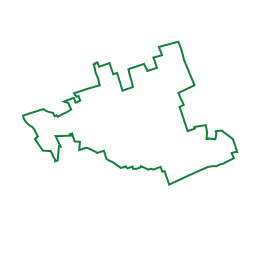 Tekantó, Yucatán, Mexico (Albers equal-area conic projection), rotated 155°
{"feature_id": "50627088B33701655383070", "entity_name": "Tekantó", "entity_type": "district", "adm_level": 2, "iso_a3": "MEX", "parent_name": "Mexico", "parent_adm1": "Yucatán", "projection": "albers", "projection_center": [-89.093, 21.008], "detail": "fine", "context": "isolated", "style": "outline", "palette": "green", "viewbox_px": 256, "rotation_deg": 155, "n_neighbors": 0, "source": "geoboundaries", "source_scale": "gbopen_adm2", "svg_char_len": 4256}
<svg xmlns="http://www.w3.org/2000/svg" viewBox="0 0 256 256"><g transform="rotate(155 128 128)"><path d="M215.2,146.2L214.7,143.5L209.1,140.4L207.9,140.0L207.6,136.8L207.7,135.5L207.8,134.2L207.9,133.6L207.4,130.8L207.8,129.1L208.0,128.6L205.5,128.3L198.4,140.5L197.0,139.6L197.0,151.3L196.4,151.0L195.7,150.6L195.0,150.3L193.8,149.8L192.9,149.4L192.4,149.2L190.8,148.4L188.9,147.7L188.4,147.5L186.8,146.9L183.9,145.6L183.1,145.3L183.2,146.9L181.0,146.7L181.4,143.5L181.6,141.9L181.9,139.7L182.1,138.4L177.4,135.8L181.5,128.6L178.9,128.3L176.1,128.1L176.1,127.8L173.9,127.6L172.7,126.3L172.0,125.7L171.6,125.3L170.0,123.1L169.0,122.0L167.5,120.2L167.0,119.3L166.4,118.4L162.1,117.9L159.5,117.6L159.7,115.7L159.9,113.9L160.0,113.2L160.2,112.3L160.2,111.6L160.6,109.1L159.2,106.8L158.6,106.3L158.4,106.1L157.8,105.1L156.7,104.2L155.7,102.6L154.9,101.2L153.2,98.0L152.4,97.0L152.1,96.3L151.5,94.9L149.3,94.6L148.1,94.5L148.1,94.0L146.8,94.0L146.2,94.1L146.0,92.7L145.6,91.7L144.5,91.6L143.7,91.5L142.8,91.4L142.0,91.3L140.2,91.1L140.3,90.5L140.6,89.0L140.2,88.7L139.6,88.2L138.9,88.0L138.1,87.7L136.9,87.3L135.9,87.2L134.9,87.2L134.4,87.1L133.7,87.1L133.0,87.1L132.4,87.9L127.1,81.7L126.2,81.5L124.4,81.4L122.8,79.7L121.4,79.5L114.9,78.9L115.4,73.8L113.1,73.5L114.6,59.3L91.3,59.3L88.6,59.2L84.9,59.2L81.3,59.2L78.3,59.1L76.1,58.9L72.4,59.0L70.8,58.6L67.3,57.6L65.5,56.7L64.1,56.0L60.5,56.0L56.5,55.4L55.0,55.7L53.8,55.7L52.5,55.7L45.3,55.8L45.2,55.8L44.9,55.8L44.8,57.9L44.6,61.6L40.2,60.7L39.2,60.2L39.0,61.4L38.8,62.7L37.6,73.6L44.2,86.1L49.7,88.0L50.2,85.7L53.5,81.0L53.9,81.2L54.2,81.4L54.5,81.5L54.9,81.7L55.2,81.9L55.5,82.1L56.0,82.4L56.2,82.5L56.5,82.7L56.9,82.9L57.7,83.4L59.5,84.4L59.7,84.1L60.0,84.0L61.5,84.8L59.8,87.8L59.0,89.2L58.1,90.7L57.7,92.2L57.3,94.0L56.3,97.7L62.5,99.5L67.6,100.9L67.7,99.7L67.7,99.2L70.7,99.5L72.3,99.7L75.3,100.0L75.1,101.1L75.0,102.2L74.7,104.6L74.5,106.3L74.4,107.2L74.2,109.2L73.9,111.5L73.7,113.0L73.5,115.2L73.2,117.6L73.0,119.2L72.8,120.7L72.6,122.9L72.3,125.2L67.7,125.5L67.7,125.8L67.7,130.5L67.7,130.8L67.5,138.4L66.6,138.4L64.0,138.5L60.0,138.5L56.2,138.6L53.7,138.6L49.6,138.7L49.3,147.4L49.1,152.0L49.0,153.8L48.9,156.5L48.8,158.1L48.7,161.3L48.6,162.2L48.4,166.1L47.8,169.4L47.6,170.0L46.5,176.2L46.3,178.9L46.2,181.5L46.1,183.3L46.0,184.9L48.4,185.4L50.9,185.8L51.5,185.9L53.6,186.3L56.9,186.8L57.0,186.9L59.8,187.4L60.8,187.6L62.9,187.9L63.1,188.0L65.0,188.3L65.7,188.4L66.0,185.5L66.1,183.5L66.3,181.0L66.4,179.6L66.5,179.6L71.4,180.4L74.4,180.9L75.2,181.1L75.4,179.2L75.5,178.4L75.5,177.9L75.6,176.6L75.7,175.8L76.0,173.2L76.3,170.6L76.3,170.3L79.4,170.6L81.5,170.9L82.6,171.0L83.9,171.2L86.3,171.5L86.4,179.3L94.3,180.2L96.1,180.4L97.9,180.6L98.7,180.7L100.0,180.9L102.6,181.0L102.8,181.0L103.7,176.8L104.0,174.9L104.9,169.4L105.2,167.9L106.2,163.1L110.8,163.5L111.6,163.6L115.8,164.0L117.3,164.2L116.7,167.9L116.1,171.5L115.6,175.5L114.6,182.5L118.6,183.0L117.9,189.9L117.4,193.9L117.3,194.6L119.5,194.8L128.4,195.8L128.0,200.4L130.3,200.6L130.4,199.9L132.2,200.2L132.5,197.9L134.0,191.5L134.1,186.7L134.3,185.1L135.5,178.6L141.5,179.6L143.7,179.9L147.9,180.6L151.2,181.0L151.4,181.0L162.2,182.3L161.4,178.0L159.3,177.9L159.7,173.0L164.8,173.1L164.3,178.2L164.8,178.3L166.0,178.4L167.0,178.5L167.5,178.5L169.4,178.7L169.5,178.7L170.5,178.8L172.6,178.9L173.9,179.0L174.9,179.0L171.4,175.8L171.5,175.2L171.7,174.5L171.8,173.1L171.6,170.2L171.6,168.9L175.9,168.3L177.6,168.1L179.4,168.2L181.8,168.2L183.9,168.1L185.5,168.0L187.0,167.8L187.3,169.7L188.0,169.7L189.3,169.7L189.3,170.0L189.5,170.0L189.5,171.4L189.6,172.8L189.6,173.4L191.2,174.7L191.8,175.1L193.1,176.2L194.3,177.4L194.8,177.8L196.5,180.6L196.8,180.9L199.3,181.3L201.5,181.5L202.1,181.6L206.2,182.1L206.6,182.2L206.8,182.2L209.0,182.5L209.5,182.6L213.0,183.0L216.9,183.5L217.9,183.7L218.1,182.6L218.4,180.9L218.4,180.1L218.3,178.4L218.1,177.2L217.8,175.9L217.4,174.8L216.8,173.6L216.1,172.1L215.8,171.5L215.0,170.4L214.4,169.6L214.2,168.8L213.8,167.2L213.6,166.3L213.5,165.4L213.5,164.7L213.5,162.9L213.4,161.6L213.3,160.2L213.3,159.3L213.2,158.4L215.3,157.9L215.3,157.6L217.0,157.4L216.7,155.9L216.8,155.9L216.7,155.2L216.5,153.5L216.2,152.1L215.9,150.4L215.5,147.9L215.2,146.2Z" fill="none" stroke="#15803d" stroke-width="2"/></g></svg>